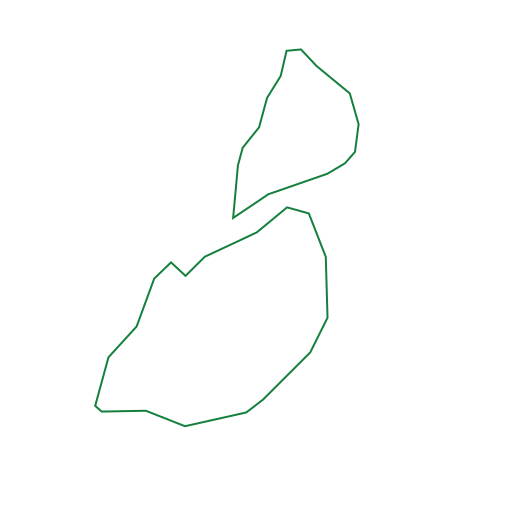 Murillo, Federated States of Micronesia (Natural Earth projection), rotated 25°
{"feature_id": "79324940B22621558301948", "entity_name": "Murillo", "entity_type": "district", "adm_level": 2, "iso_a3": "FSM", "parent_name": "Federated States of Micronesia", "parent_adm1": "", "projection": "natural_earth1", "projection_center": [152.34, 8.694], "detail": "fine", "context": "isolated", "style": "outline", "palette": "green", "viewbox_px": 512, "rotation_deg": 25, "n_neighbors": 0, "source": "geoboundaries", "source_scale": "gbopen_adm2", "svg_char_len": 580}
<svg xmlns="http://www.w3.org/2000/svg" viewBox="0 0 512 512"><g transform="rotate(25 256 256)"><path d="M313.3,401.9L323.0,383.3L345.9,320.4L346.9,281.7L319.6,227.3L285.9,195.1L263.6,198.8L246.7,234.3L209.9,278.3L200.5,303.8L181.7,297.7L173.3,319.5L177.6,370.3L165.1,410.2L173.6,459.8L181.9,462.2L221.6,442.8L263.5,440.3L313.3,401.9ZM219.2,231.2L241.1,194.8L286.0,151.2L297.5,134.3L301.7,119.8L293.3,93.2L272.3,69.0L230.5,58.2L209.5,49.8L197.0,57.1L202.3,82.5L199.2,107.9L204.4,138.1L198.2,163.5L201.3,181.4L219.2,231.2Z" fill="none" stroke="#15803d" stroke-width="2"/></g></svg>